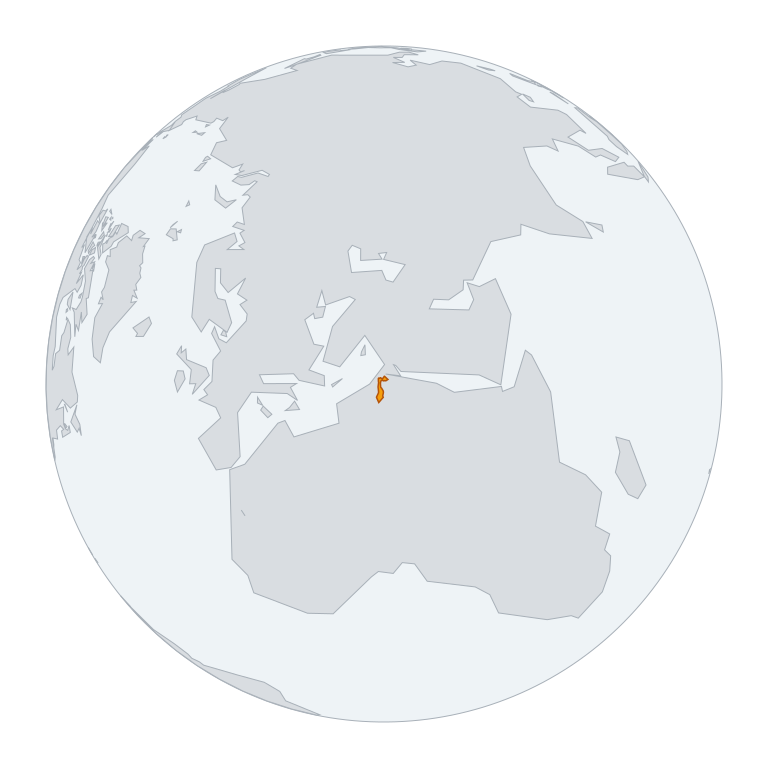 globe centered on Al Jizah, rotated 309°
{"feature_id": "EGY-1544", "entity_name": "Al Jizah", "entity_type": "Governorate", "adm_level": 1, "iso_a3": "EGY", "parent_name": "Egypt", "parent_adm1": "", "projection": "orthographic", "projection_center": [30.712, 29.007], "detail": "fine", "context": "on_globe", "style": "filled", "palette": "amber", "viewbox_px": 768, "rotation_deg": 309, "n_neighbors": 0, "source": "natural_earth", "source_scale": "10m", "svg_char_len": 11042}
<svg xmlns="http://www.w3.org/2000/svg" viewBox="0 0 768 768"><g transform="rotate(309 384 384)"><circle cx="384" cy="384" r="338" fill="#eef3f6" stroke="#a8b0b8"/><path d="M388.3,46.1L387.8,46.1L389.4,46.1L425.7,48.7L430.0,49.2L428.8,49.3L413.7,47.9L412.7,48.2L423.4,49.3L428.9,50.8L413.4,49.0L421.4,51.7L397.7,52.0L357.1,50.8L343.3,54.4L299.8,63.2L303.1,63.8L288.7,68.8L287.3,71.7L279.6,73.5L285.0,74.4L292.3,72.4L297.1,72.4L296.9,74.2L287.1,76.3L285.8,75.8L282.8,77.4L278.0,77.9L280.3,78.7L268.4,81.7L279.7,81.6L270.0,86.5L262.2,87.8L263.7,83.8L249.3,80.1L241.9,81.9L230.0,87.4L206.2,104.9L197.8,109.1L185.9,117.5L190.1,116.4L201.0,109.7L206.0,110.7L218.7,103.2L222.6,102.9L235.4,97.7L232.7,102.9L223.1,111.2L212.4,116.1L207.9,120.2L217.5,119.7L196.9,134.0L182.3,153.2L177.0,157.0L167.9,155.4L169.5,143.9L157.7,145.5L164.5,149.4L151.2,160.3L148.7,164.6L148.9,167.4L153.6,165.4L148.9,170.7L140.4,167.8L144.6,163.0L147.2,163.6L147.9,158.7L142.1,158.5L135.8,165.0L133.7,160.7L129.2,165.5L126.2,167.9L133.5,160.1L120.3,174.4L117.4,176.4L132.8,158.0L149.4,140.8L167.2,124.8L186.1,110.1L206.0,96.7L226.8,84.9L248.4,74.5L270.7,65.6L293.5,58.4L316.8,52.8L340.5,48.9L364.3,46.7L388.3,46.1ZM53.7,312.6L52.3,321.8L51.6,324.2L48.1,359.3L50.2,385.0L50.7,401.6L49.9,407.3L51.9,415.5L52.0,420.8L65.5,452.9L76.8,478.6L79.5,496.5L75.9,507.0L86.5,542.2L84.3,540.1L73.2,516.5L63.9,492.2L56.5,467.3L51.1,441.9L47.6,416.1L46.1,390.1L46.7,364.1L49.2,338.2L53.7,312.6ZM434.2,49.8L436.3,50.2L431.2,49.4L432.8,49.6L434.2,49.8ZM236.0,95.4L235.7,96.5L233.5,96.9L236.0,95.4ZM241.9,92.2L239.6,91.8L242.0,90.3L243.4,90.6L241.9,92.2ZM437.1,50.9L441.0,52.0L434.4,50.5L437.1,50.9ZM244.2,93.2L246.6,87.7L251.0,85.2L259.8,84.4L244.2,93.2ZM441.5,52.4L451.2,56.0L457.0,56.6L446.0,57.6L441.4,53.7L432.4,51.6L439.4,52.6L441.5,52.4ZM294.7,71.1L287.0,73.3L293.6,69.9L294.7,71.1ZM297.8,69.0L311.4,60.4L322.7,58.7L315.9,61.6L330.7,58.7L329.6,62.0L321.2,64.3L314.1,64.6L319.1,65.8L297.8,69.0ZM438.3,58.0L438.4,59.0L435.4,57.8L438.3,58.0ZM299.6,72.1L301.3,70.3L311.3,68.5L309.6,72.0L306.9,71.4L299.6,72.1ZM335.2,56.6L342.3,56.3L343.3,58.8L346.3,59.1L330.6,61.9L335.2,56.6ZM304.6,72.7L308.5,73.9L303.7,76.5L298.6,73.9L304.6,72.7ZM314.5,66.8L319.2,66.2L316.1,67.6L314.5,66.8ZM288.6,87.5L290.4,84.7L295.7,83.5L288.6,87.5ZM310.3,74.2L312.0,73.3L314.3,72.7L315.9,74.1L310.3,74.2ZM332.4,63.7L331.3,65.0L338.9,62.6L340.0,64.9L329.3,66.5L334.3,66.8L334.7,67.5L325.6,68.1L332.4,63.7ZM324.4,73.7L311.2,77.4L306.6,82.6L301.7,83.7L310.0,75.3L324.4,73.7ZM325.9,70.3L323.9,72.6L318.8,72.5L317.1,70.9L325.9,70.3ZM344.5,65.9L345.6,62.1L347.9,61.9L344.5,65.9ZM324.1,75.1L327.2,74.3L324.3,75.5L324.1,75.1ZM339.4,68.6L339.4,67.1L342.0,67.0L339.4,68.6ZM333.6,74.0L329.3,75.0L328.0,73.8L333.6,74.0ZM337.0,71.5L340.6,71.6L330.1,72.8L336.6,70.8L337.0,71.5ZM341.8,68.7L343.4,68.1L341.4,69.4L341.8,68.7ZM341.0,78.3L328.1,80.0L325.2,77.2L338.1,75.8L341.0,78.3ZM157.7,468.8L139.8,414.2L149.6,398.6L152.1,376.2L220.3,318.0L234.0,326.3L286.8,326.2L293.3,330.0L286.2,347.3L325.2,373.7L338.8,359.6L374.9,372.9L399.5,372.2L409.7,338.5L369.5,338.8L363.3,322.3L396.3,307.8L431.6,308.5L430.3,302.2L408.7,288.9L417.5,276.9L401.3,283.4L407.4,289.7L397.4,294.3L391.2,289.0L394.6,284.7L384.1,282.0L370.8,304.5L375.5,313.4L347.7,316.8L352.9,332.3L345.1,339.1L333.4,315.7L335.1,307.3L312.8,281.4L308.5,290.2L329.3,315.7L322.5,313.4L316.8,327.1L315.7,314.8L294.2,286.1L269.6,288.2L237.0,317.9L222.9,317.7L211.6,307.7L224.9,274.0L254.9,278.4L260.0,268.0L255.1,250.3L264.6,253.7L266.3,247.5L277.7,248.7L295.0,236.1L306.8,236.3L314.8,218.2L321.9,216.3L315.2,227.2L316.8,235.5L346.3,237.2L352.3,233.6L355.1,222.1L362.9,224.7L361.8,213.4L379.3,209.8L357.0,205.3L359.7,193.2L370.8,184.6L367.7,180.2L349.6,194.4L345.9,201.1L349.2,207.8L335.8,227.0L325.4,229.5L324.3,207.5L309.4,209.2L315.1,192.5L360.7,162.0L379.2,157.1L407.3,172.8L402.3,180.1L389.8,177.6L400.3,190.5L400.0,184.3L406.4,186.9L410.6,177.1L415.4,178.6L411.2,167.3L417.5,168.0L420.1,175.1L431.6,162.8L445.1,162.4L445.4,159.0L441.9,155.5L461.3,158.1L460.6,155.6L454.1,153.7L448.5,147.6L446.3,138.3L453.2,139.7L454.9,143.2L468.7,153.3L472.3,163.3L474.8,163.1L473.4,154.8L456.5,142.3L453.2,136.5L462.1,141.3L458.6,139.1L459.1,136.6L466.0,135.8L456.7,130.2L453.1,105.1L466.1,102.0L474.3,108.4L479.0,95.5L493.3,95.0L487.2,93.0L485.3,86.7L480.8,86.6L477.8,85.3L470.9,71.5L474.6,70.1L464.8,63.8L461.6,63.0L458.3,63.5L446.0,57.6L457.0,56.6L463.6,58.3L466.0,57.4L480.6,61.8L493.9,65.7L508.4,72.5L517.6,75.8L517.5,75.2L529.9,80.0L555.8,93.6L535.3,85.0L496.5,69.5L512.4,75.5L508.9,75.3L514.7,78.4L525.9,83.1L527.1,82.9L545.8,99.7L573.0,119.2L570.7,112.8L577.6,114.9L606.6,136.3L641.9,180.0L651.5,187.1L657.6,194.6L661.4,203.5L652.7,192.5L649.2,192.6L643.7,185.7L647.0,197.7L639.2,188.3L645.6,203.1L652.1,208.4L652.1,200.5L661.0,218.5L671.5,225.8L681.7,241.8L694.5,282.3L693.9,302.5L695.8,308.7L690.9,306.8L691.4,323.6L706.2,346.8L708.3,356.3L705.9,383.3L704.6,376.6L691.7,371.6L694.3,395.8L704.3,405.3L708.0,423.8L702.5,423.9L698.2,408.1L693.6,405.7L691.2,385.4L680.4,360.6L674.6,372.7L671.5,360.8L655.7,343.6L645.5,360.4L631.5,405.2L635.4,436.3L628.1,454.1L604.8,418.1L594.3,389.9L585.9,396.4L561.9,377.4L520.7,387.5L514.8,380.5L507.0,386.2L490.1,381.3L481.1,369.2L470.9,371.9L495.0,403.4L506.0,400.6L515.0,384.9L519.7,396.8L536.0,404.3L518.2,438.8L456.9,475.3L450.9,452.2L404.4,389.3L405.8,381.5L405.6,380.7L405.0,379.2L400.8,391.8L392.8,379.0L417.6,424.3L421.8,443.9L456.0,476.8L452.8,480.8L463.8,486.9L499.2,472.6L499.4,480.4L482.7,518.5L433.7,569.6L440.3,597.8L436.9,621.3L406.6,637.8L409.5,653.8L393.9,659.8L393.1,668.3L380.7,677.1L359.9,684.5L324.3,682.3L321.8,675.3L303.6,659.2L278.2,617.1L286.9,598.8L283.7,582.6L257.9,541.7L263.5,521.0L256.7,510.6L242.6,510.4L234.7,497.6L226.2,495.6L173.4,489.1L157.7,468.8ZM196.2,352.4L194.1,359.0L196.2,352.4ZM468.9,326.9L490.1,325.3L480.6,305.3L487.9,303.3L482.0,297.6L479.8,303.9L465.3,288.1L474.4,280.8L471.8,272.0L464.6,272.3L450.2,288.6L470.9,310.8L466.0,320.1L468.9,326.9ZM52.3,322.1L51.5,327.5L51.7,324.7L52.3,322.1ZM66.6,269.0L65.0,274.5L65.6,271.5L66.6,269.0ZM70.9,257.0L67.7,265.3L68.2,263.7L70.9,257.0ZM151.8,160.4L152.3,160.9L151.4,164.5L149.6,164.4L151.8,160.4ZM161.2,173.0L153.4,181.3L157.7,174.9L153.6,175.9L157.4,164.5L174.6,158.4L166.1,162.8L161.2,173.0ZM167.4,148.8L163.0,155.9L167.1,148.4L167.4,148.8ZM264.3,215.1L267.8,219.8L262.8,226.2L247.8,228.5L254.9,218.8L264.3,215.1ZM273.9,225.2L276.9,204.0L286.4,202.6L280.6,206.8L286.5,208.0L278.7,215.2L284.7,235.5L280.7,242.8L255.3,241.5L265.8,237.5L261.8,232.8L273.9,225.2ZM268.2,160.6L269.6,153.6L288.2,159.2L284.7,165.2L269.6,167.1L264.8,161.3L268.2,160.6ZM259.4,93.8L258.7,92.4L261.4,91.5L264.2,92.1L259.4,93.8ZM289.0,86.3L265.0,100.0L263.0,98.8L251.3,109.4L241.6,110.6L249.5,103.5L233.3,112.9L236.6,107.0L226.1,114.0L244.8,98.1L247.0,93.9L248.2,97.9L257.0,96.8L261.6,95.0L276.0,87.3L285.3,78.6L295.5,76.9L300.3,78.0L299.7,79.8L293.2,80.2L297.0,82.3L287.1,84.4L289.0,86.3ZM350.5,103.7L343.3,101.4L349.2,110.0L339.4,110.5L340.7,111.5L333.2,114.5L326.4,120.2L322.1,119.6L321.3,122.1L316.4,124.5L313.8,128.0L305.2,128.4L301.4,132.8L299.5,130.6L295.3,138.2L294.5,132.8L288.0,136.0L292.2,139.5L251.7,137.9L235.3,142.7L222.0,150.2L222.5,141.1L235.2,128.9L253.6,117.5L269.3,114.6L266.6,111.6L273.4,109.5L272.7,112.8L277.8,106.6L283.2,105.9L299.5,98.4L303.7,90.8L309.7,88.3L310.8,91.0L316.1,86.7L322.2,90.1L326.7,88.6L337.2,90.9L336.6,97.6L341.7,95.5L349.9,97.7L350.5,103.7ZM343.7,79.1L345.3,86.0L340.7,90.0L324.3,84.4L319.4,85.3L308.8,82.8L315.7,77.4L318.1,78.5L322.0,78.4L318.3,80.1L324.2,78.7L327.8,80.4L333.3,79.9L332.3,82.1L343.7,79.1ZM301.2,324.0L306.3,325.4L314.4,325.3L311.0,334.4L301.2,324.0ZM286.1,304.6L290.8,304.0L289.9,315.9L284.7,314.9L286.1,304.6ZM294.2,294.0L291.1,303.0L289.6,297.6L294.2,294.0ZM319.6,226.3L324.7,225.4L324.9,228.1L321.8,232.0L319.6,226.3ZM365.9,132.6L362.5,129.9L364.2,128.7L363.0,120.9L370.2,120.4L373.7,124.9L365.9,132.6ZM402.5,344.5L395.0,351.1L391.5,348.1L394.7,346.3L402.5,344.5ZM350.5,343.6L362.1,348.3L349.4,346.0L350.5,343.6ZM373.5,130.8L372.2,127.5L376.6,129.4L373.5,130.8ZM375.3,119.8L380.6,121.2L370.9,119.5L375.3,119.8ZM522.2,690.9L523.2,691.1L518.5,693.0L522.2,690.9ZM494.3,610.4L470.4,651.2L454.6,653.4L452.0,643.2L461.0,619.4L479.6,610.1L488.8,597.6L494.3,610.4ZM717.0,441.2L711.0,458.9L707.5,462.3L709.2,455.6L714.7,445.4L717.0,441.2ZM708.9,456.0L702.5,452.6L687.8,425.8L693.2,421.3L707.4,431.0L706.7,436.3L710.5,441.0L708.9,456.0ZM720.9,403.5L720.0,417.7L717.5,426.5L715.8,428.9L714.8,415.3L715.5,405.0L717.1,401.6L718.8,358.5L720.3,360.5L720.8,377.0L721.7,384.3L720.9,403.5ZM636.9,438.6L644.7,453.3L640.1,458.8L636.9,438.6ZM716.2,332.7L717.7,351.0L715.2,329.1L716.2,332.7ZM712.7,314.1L714.3,320.0L712.6,316.3L712.7,314.1ZM698.9,317.3L697.4,322.6L695.7,318.4L696.6,309.1L698.9,317.3ZM689.5,255.7L695.5,268.3L697.4,273.3L693.7,267.5L689.5,255.7ZM432.9,127.9L426.6,138.7L426.8,147.4L434.3,153.3L421.0,150.2L420.7,136.7L432.9,127.9ZM449.9,107.5L443.2,103.2L447.8,102.7L450.0,103.6L449.9,107.5ZM444.7,106.6L433.3,106.2L430.7,102.4L440.1,103.4L444.7,106.6ZM403.4,117.1L401.0,120.2L397.5,118.4L403.4,117.1ZM721.2,406.2L721.3,404.0L721.9,385.7L721.8,376.8L721.8,375.1L721.9,381.2L721.9,384.3L721.9,386.8L721.2,406.2ZM718.9,338.6L718.3,335.5L719.2,343.6L715.9,320.7L716.5,323.6L718.9,338.6ZM716.0,322.1L716.9,329.4L714.9,317.0L716.0,322.1ZM716.2,326.8L714.6,319.8L714.7,317.9L716.2,326.8ZM715.8,320.5L712.8,307.3L714.4,313.2L715.8,320.5ZM710.2,304.7L713.3,310.5L712.1,313.4L704.4,290.2L704.4,286.2L710.2,304.7ZM661.8,194.9L657.6,189.8L655.4,185.5L659.0,190.2L661.8,194.9ZM644.4,169.1L653.5,182.7L660.0,195.0L661.4,195.5L669.2,207.3L663.2,201.1L653.4,185.1L649.7,177.8L642.4,168.9L635.5,159.9L626.5,150.9L621.3,145.3L628.3,151.4L644.4,169.1ZM622.7,147.5L604.5,131.4L603.6,128.5L607.3,131.3L616.1,139.7L616.1,140.7L622.7,147.5ZM599.9,126.9L599.7,128.0L572.6,112.0L566.6,108.1L586.7,117.4L587.6,119.1L594.4,123.9L599.9,126.9ZM442.0,59.4L438.7,59.0L440.7,58.6L442.0,59.4ZM475.4,85.4L471.5,83.5L473.9,82.7L475.4,85.4ZM462.1,78.1L462.1,80.3L459.3,77.3L462.1,78.1ZM462.5,85.8L460.7,80.9L466.5,86.5L462.5,85.8Z" fill="#d9dde1" stroke="#a8b0b8" stroke-width="1"/><path d="M379.0,385.4L378.2,387.6L377.5,388.5L376.7,389.1L374.3,390.3L373.9,390.6L373.6,391.0L373.2,391.8L366.3,391.6L368.7,386.9L368.8,386.7L369.1,386.4L369.5,386.3L373.6,385.3L374.7,384.5L378.0,381.2L382.0,378.7L382.2,378.3L384.6,376.2L384.9,376.1L385.0,376.1L385.0,376.3L385.2,376.5L385.3,376.5L385.4,376.8L385.5,376.9L385.8,376.8L386.1,377.0L386.3,377.2L386.4,377.3L386.6,377.3L386.7,377.5L386.6,378.1L386.7,378.3L386.8,378.4L386.9,378.6L386.9,378.8L387.0,379.1L387.0,379.3L386.9,379.5L387.0,379.6L390.2,379.4L390.3,379.7L390.0,384.2L388.1,383.6L387.8,383.5L387.7,383.4L387.5,383.2L387.4,383.1L387.4,382.9L387.2,382.7L386.8,382.3L386.8,382.2L386.7,381.9L386.5,381.7L386.4,381.7L386.2,381.7L385.6,380.0L385.5,379.9L385.2,379.7L384.2,379.8L383.1,380.3L382.2,380.9L381.8,381.2L379.4,383.5L379.2,385.0L379.0,385.4Z" fill="#f59e0b" stroke="#b45309" stroke-width="1.5"/></g></svg>